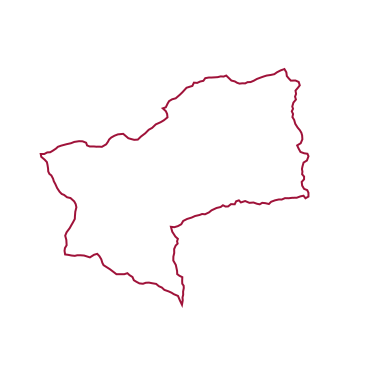 Lutécia, São Paulo, Brazil, rotated 67°
{"feature_id": "56859067B80784550128489", "entity_name": "Lutécia", "entity_type": "district", "adm_level": 2, "iso_a3": "BRA", "parent_name": "Brazil", "parent_adm1": "São Paulo", "projection": "mercator", "projection_center": [-50.379, -22.322], "detail": "fine", "context": "isolated", "style": "outline", "palette": "rose", "viewbox_px": 384, "rotation_deg": 67, "n_neighbors": 0, "source": "geoboundaries", "source_scale": "gbopen_adm2", "svg_char_len": 3312}
<svg xmlns="http://www.w3.org/2000/svg" viewBox="0 0 384 384"><g transform="rotate(67 192 192)"><path d="M199.9,333.2L201.5,330.5L203.4,327.7L205.0,324.8L205.4,322.3L206.5,319.7L208.3,316.2L212.3,311.5L211.5,306.7L211.9,303.4L214.9,302.3L218.5,301.8L222.1,302.2L224.8,302.0L228.0,299.8L230.9,297.8L234.9,295.5L238.1,293.7L239.7,290.0L241.2,286.4L241.5,283.2L244.1,282.0L247.0,280.0L250.5,280.0L253.0,278.2L255.6,276.1L257.3,273.0L257.5,270.0L258.6,267.0L260.3,264.5L262.6,260.9L265.8,259.3L268.1,257.1L271.3,255.7L274.3,252.4L276.8,250.1L278.9,248.7L282.2,245.5L287.0,245.5L291.9,245.3L288.0,242.8L285.3,241.9L283.2,240.3L280.2,239.1L277.2,237.1L275.0,236.3L272.6,236.8L270.0,235.8L266.6,234.2L264.2,236.3L261.8,237.7L258.9,236.6L255.9,236.0L252.8,235.4L247.8,236.0L244.2,234.4L241.2,232.2L237.5,230.7L234.9,227.9L233.9,225.4L231.5,225.0L229.6,223.3L226.6,224.7L220.9,225.7L215.8,225.0L217.5,222.0L217.9,218.3L217.5,214.5L215.2,211.4L214.9,207.0L215.4,202.3L215.3,198.6L216.1,194.1L216.2,191.3L217.6,188.7L217.4,184.2L216.5,181.2L216.3,175.6L217.0,171.5L216.3,168.7L218.5,166.8L219.4,164.4L218.4,160.9L220.0,157.5L217.8,155.0L218.0,152.1L220.7,151.1L221.1,146.6L224.4,143.4L225.7,139.5L228.2,136.8L229.8,134.5L229.4,131.6L230.9,128.9L233.1,125.9L231.9,123.0L232.1,118.8L232.8,115.0L234.0,112.3L234.0,108.8L235.5,105.5L236.5,102.0L238.2,97.8L238.4,93.8L239.0,90.8L242.1,90.0L241.7,86.6L238.2,85.1L235.3,85.2L232.9,87.6L229.2,88.1L225.6,87.1L224.1,83.9L221.6,82.8L218.7,83.7L216.4,82.4L213.8,81.8L211.6,80.3L208.5,77.8L207.9,73.9L204.6,70.8L201.9,70.8L200.2,73.6L197.5,76.5L193.5,76.9L190.2,77.0L189.6,72.9L186.6,69.8L182.9,68.5L180.2,68.2L177.2,68.6L173.9,69.6L169.6,70.3L165.5,69.8L162.3,70.3L159.7,68.5L156.7,68.6L154.9,66.5L152.5,66.3L149.3,63.7L147.5,60.2L144.5,59.9L142.4,57.9L139.1,57.1L137.4,53.7L135.9,51.1L132.4,50.8L129.8,53.2L128.1,57.5L125.1,58.6L122.3,59.4L118.7,58.4L114.9,58.9L114.7,62.8L115.0,67.0L115.7,70.2L115.0,73.9L114.0,77.7L113.7,80.6L113.5,83.7L113.3,88.0L113.7,91.6L113.7,95.1L112.6,97.9L112.8,100.6L111.6,103.2L110.8,105.9L109.1,107.8L106.9,109.4L104.8,112.2L101.5,113.6L98.2,115.0L98.1,117.8L96.8,120.4L96.3,123.5L95.4,126.1L94.4,128.9L93.2,131.8L92.4,135.3L94.1,138.1L93.5,141.3L93.6,144.6L92.1,147.5L94.5,150.2L94.2,153.1L93.9,156.3L95.0,158.7L96.5,162.0L97.7,165.1L99.4,170.4L98.9,174.1L99.4,177.6L101.0,179.8L103.8,183.0L103.6,186.2L107.4,184.5L110.4,184.4L113.7,185.4L115.0,189.9L115.5,193.7L115.6,198.9L117.4,203.6L117.8,207.5L119.7,212.1L121.0,217.3L122.6,221.4L121.4,224.8L119.5,227.3L117.6,229.6L115.4,230.7L111.6,232.6L110.0,237.7L109.9,241.4L110.3,245.1L111.3,247.8L112.9,249.7L114.6,252.4L115.2,257.3L114.0,259.7L113.0,262.2L111.6,264.8L110.1,268.4L108.1,270.4L105.3,270.2L102.6,272.9L101.1,276.1L99.9,280.8L99.8,284.4L99.0,288.7L98.2,294.4L98.0,297.8L98.9,300.3L99.6,304.0L100.0,307.0L99.0,309.8L99.3,313.2L97.9,316.4L100.7,317.0L104.7,315.0L107.8,313.9L110.5,314.4L114.1,315.3L116.9,316.3L119.6,316.2L121.8,315.0L125.5,314.7L128.1,315.0L131.2,314.7L135.6,314.6L140.0,313.8L142.9,312.7L144.7,310.9L148.0,309.1L150.1,306.2L154.6,304.1L157.7,303.8L160.9,304.4L164.5,307.1L168.7,309.3L171.0,310.4L173.5,313.5L175.6,316.3L177.4,318.6L180.1,323.2L182.7,325.8L187.0,326.4L192.0,328.2L194.0,330.9L196.3,332.3L199.9,333.2Z" fill="none" stroke="#9f1239" stroke-width="2"/></g></svg>